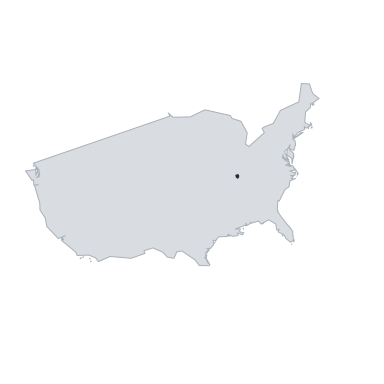 Perry, Indiana, United States of America (highlighted), rotated 341°
{"feature_id": "52423323B11112543389070", "entity_name": "Perry", "entity_type": "district", "adm_level": 2, "iso_a3": "USA", "parent_name": "United States of America", "parent_adm1": "Indiana", "projection": "mercator", "projection_center": [-86.618, 38.054], "detail": "fine", "context": "in_parent", "style": "filled", "palette": "slate", "viewbox_px": 384, "rotation_deg": 341, "n_neighbors": 0, "source": "geoboundaries", "source_scale": "gbopen_adm2", "svg_char_len": 4274}
<svg xmlns="http://www.w3.org/2000/svg" viewBox="0 0 384 384"><g transform="rotate(341 192 192)"><path d="M302.2,143.6L322.3,141.6L330.7,125.1L338.2,128.0L338.2,138.2L342.5,144.9L334.9,147.3L334.4,149.1L333.2,146.8L331.3,150.7L325.4,153.3L321.3,162.9L324.6,166.9L326.8,166.4L326.2,164.7L326.9,165.5L327.0,167.5L320.7,168.8L319.5,166.6L318.8,169.5L311.5,170.2L306.0,173.9L306.6,171.8L306.1,170.4L304.5,175.4L306.1,176.3L305.5,180.5L301.8,185.8L298.0,182.5L300.3,179.1L297.6,181.5L298.7,185.2L300.2,187.3L300.5,189.6L295.8,198.0L297.3,192.8L293.7,187.7L296.2,182.3L292.5,184.0L293.7,191.9L290.3,189.5L289.1,189.7L290.2,187.3L290.1,186.5L288.9,188.5L288.9,190.1L294.1,193.2L292.9,194.5L290.6,191.8L289.7,191.4L292.6,194.6L293.9,195.3L293.1,197.2L291.5,195.7L294.0,198.7L293.4,199.1L292.2,197.6L289.0,196.9L293.0,199.7L295.5,199.6L297.9,206.7L295.8,201.2L296.4,204.8L291.7,204.0L295.1,207.5L296.8,206.5L294.6,209.7L290.1,208.5L292.8,210.2L290.4,211.8L293.2,212.9L288.1,213.6L285.4,218.6L280.7,220.0L271.6,228.9L270.5,227.9L267.0,236.0L266.7,238.0L268.1,244.1L274.4,261.8L272.1,270.9L268.8,271.5L265.7,266.6L265.1,262.5L260.5,257.7L262.1,255.6L259.8,255.7L260.8,249.5L255.4,243.3L246.9,244.8L245.4,241.1L237.1,240.8L238.2,239.4L236.7,240.8L232.9,241.5L232.9,238.6L232.2,240.6L220.8,241.2L225.6,242.6L224.0,245.1L227.6,247.6L225.7,248.9L221.7,245.6L221.4,248.2L215.8,247.1L212.6,243.8L210.7,245.5L202.5,243.0L197.7,246.5L198.9,245.6L196.3,244.6L195.0,249.1L190.0,251.9L191.2,251.0L187.9,250.6L189.0,252.1L185.2,253.9L183.7,258.7L182.0,258.0L183.5,259.3L183.7,263.6L185.3,266.3L184.1,267.2L175.0,263.9L172.9,257.4L163.2,244.4L158.1,243.7L153.4,248.8L147.4,245.4L144.7,239.3L136.7,232.1L127.5,232.0L127.5,234.8L112.8,234.8L93.6,226.3L81.0,227.4L79.3,222.7L73.9,218.1L62.7,214.6L62.6,211.1L53.0,195.5L53.3,193.8L55.3,195.9L54.0,192.4L58.1,192.1L50.4,192.5L43.5,177.3L44.8,169.0L42.4,159.5L44.4,153.2L45.3,134.5L49.3,135.0L44.8,134.1L46.0,128.9L44.5,129.0L41.5,117.9L51.6,119.8L49.7,125.7L52.9,121.5L52.6,126.4L50.3,127.6L52.0,127.8L53.8,125.8L54.4,120.8L51.5,113.1L195.6,113.1L195.6,110.1L198.4,115.1L214.6,120.4L231.0,118.5L253.0,132.1L253.9,135.6L261.3,141.1L263.5,154.0L258.2,164.2L260.6,167.5L279.7,159.5L279.0,154.8L280.7,154.0L291.2,153.6L302.2,143.6ZM313.7,172.3L316.9,171.8L305.8,174.7L314.9,171.1L313.7,172.3ZM52.4,117.9L53.7,121.0L53.6,121.5L51.8,119.1L52.4,117.9ZM185.1,265.5L183.9,261.7L184.0,259.5L184.2,261.8L185.1,265.5ZM335.6,147.6L335.6,149.1L335.1,148.8L335.6,147.6ZM212.7,245.0L212.9,245.9L212.0,245.2L212.7,245.0ZM67.1,218.4L68.3,217.9L68.4,218.1L67.1,218.4ZM65.7,218.1L65.2,218.8L64.8,218.2L65.7,218.1ZM323.6,169.0L322.7,169.9L322.5,169.7L323.6,169.0ZM184.7,257.5L184.0,259.2L185.7,255.8L184.7,257.5ZM272.6,256.0L273.7,259.4L272.4,255.7L272.6,256.0ZM73.6,221.5L74.2,222.5L73.5,221.6L73.6,221.5ZM272.6,271.4L271.6,272.5L273.3,270.2L272.6,271.4ZM298.3,209.1L297.1,210.5L298.1,207.0L298.3,209.1ZM51.0,115.3L51.0,116.2L50.4,115.8L51.0,115.3ZM189.1,252.8L187.3,253.6L189.1,252.5L189.1,252.8ZM326.6,169.4L326.5,170.4L325.6,170.2L326.6,169.4ZM73.6,224.3L74.0,225.5L73.4,224.4L73.6,224.3ZM186.8,254.2L186.1,254.7L186.7,254.0L186.8,254.2ZM300.0,191.3L298.7,193.3L300.2,190.5L300.0,191.3ZM197.1,247.3L196.0,248.0L197.6,246.8L197.1,247.3ZM267.2,237.0L267.0,238.4L266.9,237.4L267.2,237.0ZM293.6,213.2L293.2,213.5L294.4,212.3L293.6,213.2ZM249.9,244.5L248.5,245.2L248.0,245.1L249.9,244.5ZM232.4,241.2L232.1,241.5L231.3,241.4L232.4,241.2ZM263.6,262.6L263.8,263.6L263.3,262.4L263.6,262.6ZM228.7,243.2L228.5,244.2L228.4,242.5L228.7,243.2ZM269.5,273.8L268.7,273.9L269.8,273.6L269.5,273.8ZM305.2,181.2L304.6,182.2L305.4,180.8L305.2,181.2ZM296.2,210.8L295.7,211.2L296.2,210.8Z" fill="#d9dde1" stroke="#a8b0b8" stroke-width="1"/><path d="M240.9,191.6L241.0,191.1L240.4,191.1L240.4,190.7L239.8,190.7L239.8,190.8L239.2,190.8L239.2,191.1L239.2,191.3L239.2,191.2L239.2,191.4L239.1,191.5L239.4,191.8L239.4,192.1L239.3,192.5L239.2,192.4L239.1,192.5L239.3,192.7L239.4,192.9L239.4,193.0L239.5,193.1L239.8,193.0L240.0,193.0L239.9,193.3L239.9,193.5L240.0,193.5L240.1,193.4L240.2,193.2L240.3,193.0L240.5,193.0L240.7,192.9L240.6,192.7L240.6,192.4L240.6,192.2L240.8,192.1L241.0,192.1L241.1,191.9L240.9,191.8L240.9,191.7L240.9,191.6Z" fill="#64748b" stroke="#1e293b" stroke-width="1.5"/></g></svg>